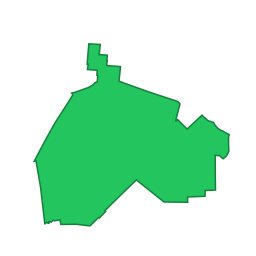 outline of Cerat, Dolj, Romania, rotated 350°
{"feature_id": "2599482B26684248362389", "entity_name": "Cerat", "entity_type": "district", "adm_level": 2, "iso_a3": "ROU", "parent_name": "Romania", "parent_adm1": "Dolj", "projection": "robinson", "projection_center": [23.663, 44.074], "detail": "fine", "context": "isolated", "style": "filled", "palette": "green", "viewbox_px": 256, "rotation_deg": 350, "n_neighbors": 0, "source": "geoboundaries", "source_scale": "gbopen_adm2", "svg_char_len": 1253}
<svg xmlns="http://www.w3.org/2000/svg" viewBox="0 0 256 256"><g transform="rotate(350 128 128)"><path d="M203.4,204.3L205.3,192.6L209.1,170.1L213.3,171.1L216.3,174.8L219.6,173.1L220.8,171.9L223.3,168.5L224.3,161.1L225.4,154.5L226.6,152.1L222.5,149.0L220.6,147.2L218.5,146.0L216.3,143.8L214.3,140.5L213.1,137.4L210.4,135.8L208.0,134.7L203.2,128.5L203.1,128.2L186.0,139.3L178.4,128.4L176.4,129.4L176.2,129.1L183.4,113.2L181.8,110.7L155.2,96.3L132.1,83.2L127.3,80.3L131.3,66.2L117.8,62.8L119.3,57.9L118.8,57.8L120.4,52.7L112.4,50.7L115.2,40.9L104.0,38.3L98.8,58.2L99.9,58.3L98.2,63.4L107.7,65.8L106.5,70.7L107.3,71.0L105.7,77.4L103.3,77.6L101.4,79.3L96.3,81.2L81.5,83.7L78.6,83.8L79.4,85.9L79.2,86.1L72.6,93.4L57.2,110.0L45.9,123.8L29.8,144.5L31.7,144.5L31.6,170.9L29.4,207.9L29.5,208.0L30.4,207.6L31.4,206.7L31.7,206.8L32.2,207.0L32.5,207.7L32.8,208.0L33.5,208.1L33.7,207.8L33.5,207.2L33.6,206.9L33.8,206.6L35.0,206.8L35.5,207.2L35.7,207.3L36.1,207.3L36.2,207.0L38.4,206.0L39.5,206.7L45.1,206.6L45.1,211.3L59.9,213.7L68.5,216.3L73.2,217.7L73.9,217.6L83.2,211.2L84.0,211.8L91.5,206.3L90.8,205.5L106.5,194.6L127.2,180.6L150.6,207.1L173.9,211.5L174.7,206.3L192.0,208.6L193.2,203.0L203.4,204.3Z" fill="#22c55e" stroke="#15803d" stroke-width="1.5"/></g></svg>